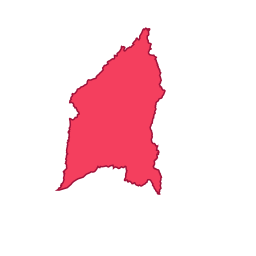 Granada, Antioquia, Colombia, rotated 217°
{"feature_id": "7082276B66868517078286", "entity_name": "Granada", "entity_type": "district", "adm_level": 2, "iso_a3": "COL", "parent_name": "Colombia", "parent_adm1": "Antioquia", "projection": "natural_earth1", "projection_center": [-75.146, 6.125], "detail": "fine", "context": "isolated", "style": "filled", "palette": "rose", "viewbox_px": 256, "rotation_deg": 217, "n_neighbors": 0, "source": "geoboundaries", "source_scale": "gbopen_adm2", "svg_char_len": 5861}
<svg xmlns="http://www.w3.org/2000/svg" viewBox="0 0 256 256"><g transform="rotate(217 128 128)"><path d="M112.6,148.2L113.8,150.4L113.8,151.0L113.6,151.6L114.3,152.1L114.6,153.2L115.4,154.3L115.3,156.3L115.7,156.6L116.2,156.7L116.7,157.5L117.0,159.7L117.4,160.2L118.8,161.0L119.0,162.0L119.6,162.3L119.8,163.6L120.8,165.0L120.8,166.2L120.2,167.9L120.6,169.4L120.6,170.2L119.4,171.8L119.2,172.8L119.8,174.3L119.7,175.9L120.8,179.9L121.7,180.1L122.5,179.5L123.2,179.3L123.8,179.7L124.7,179.7L125.7,180.7L126.1,180.8L127.1,180.3L128.0,181.2L129.0,181.5L129.4,182.2L129.2,183.5L129.9,184.5L130.1,186.0L133.2,188.4L134.4,189.0L135.1,191.8L136.4,192.0L137.5,193.4L138.1,193.3L138.8,194.0L140.2,194.5L140.8,194.9L141.0,195.5L142.1,195.6L142.6,196.7L143.5,196.8L143.8,197.3L145.4,198.2L146.4,199.2L147.6,199.1L147.9,199.6L147.8,201.1L147.9,201.5L150.1,201.1L151.0,201.7L151.6,201.4L152.3,200.7L154.5,199.7L155.1,199.6L156.6,200.1L157.5,201.3L157.5,202.4L158.0,203.6L158.0,204.1L157.2,204.6L157.2,205.1L157.5,205.2L158.4,205.1L158.6,205.3L159.6,207.2L159.9,208.7L160.1,209.0L160.7,209.0L162.7,208.3L163.6,208.8L164.5,210.0L165.9,210.5L167.0,211.6L168.0,213.2L167.5,214.4L167.7,215.2L169.9,217.6L169.9,219.3L170.1,219.9L170.4,220.1L171.0,219.9L171.4,219.1L171.5,218.1L171.6,217.9L171.9,218.0L172.3,218.7L173.9,218.4L174.2,216.4L175.0,216.5L175.2,215.6L174.3,212.3L173.9,208.4L172.6,206.8L172.3,205.1L172.8,204.8L174.9,205.2L175.2,204.8L175.1,203.8L174.6,202.9L175.0,200.9L175.0,198.4L173.7,198.2L174.3,195.4L174.2,194.3L174.4,194.0L175.4,193.6L175.5,192.8L176.2,191.7L176.6,190.4L176.6,188.7L176.9,187.6L177.5,187.4L178.0,187.6L178.6,188.6L178.8,190.2L179.3,190.5L180.5,190.3L181.2,189.4L182.2,189.3L182.0,188.6L181.2,187.6L180.8,184.5L180.8,183.8L181.5,181.0L181.1,180.3L180.3,179.6L180.1,179.1L180.5,178.6L182.0,178.2L182.5,177.8L180.9,175.9L180.7,175.0L181.0,174.6L182.2,173.7L182.3,172.7L182.8,171.9L183.0,170.7L183.8,169.6L184.1,168.5L183.9,168.0L182.7,167.6L182.5,166.9L183.2,165.9L183.3,164.8L184.3,164.0L184.5,163.3L184.2,162.0L184.4,161.2L184.3,160.7L183.5,160.0L183.0,159.7L182.8,159.4L183.1,156.6L183.4,155.5L183.6,153.0L184.1,151.6L184.1,149.7L183.6,149.3L183.5,148.9L183.9,147.9L185.2,146.3L186.4,144.1L187.4,143.2L188.3,142.9L188.6,142.4L188.7,141.7L188.3,140.3L187.5,139.1L187.5,138.0L187.9,137.0L188.5,136.2L188.8,134.5L190.3,132.2L190.4,130.4L191.6,128.8L191.7,128.4L191.1,126.7L191.1,124.0L191.9,122.5L192.3,122.1L193.0,122.0L193.0,121.8L192.7,121.0L191.8,120.5L191.7,119.6L191.9,118.3L191.3,117.0L190.6,116.8L190.8,115.0L189.8,113.2L189.4,113.4L188.9,114.4L186.6,114.7L185.3,113.9L184.9,112.9L183.3,112.8L182.5,112.2L181.8,112.9L181.4,112.9L180.7,112.2L179.6,111.9L179.2,111.3L177.9,110.9L177.1,111.0L175.6,110.0L175.5,109.5L176.2,108.7L176.3,108.1L175.5,107.0L175.2,106.0L175.4,105.5L176.5,104.7L176.4,102.8L176.6,101.9L177.3,101.0L178.1,100.9L179.1,100.9L180.1,100.6L180.1,100.1L178.4,98.7L175.8,95.6L174.8,93.6L174.9,92.6L173.6,91.7L173.4,89.7L173.0,90.1L172.6,89.9L172.7,88.3L172.0,88.3L171.4,88.0L170.1,86.0L169.5,85.6L169.7,84.9L169.2,84.7L168.2,82.9L168.6,82.2L168.5,81.9L167.8,82.2L167.4,81.6L167.4,81.1L167.8,80.0L166.0,78.3L165.8,77.9L165.8,77.2L165.1,76.6L164.9,75.8L163.6,73.2L162.4,72.0L162.2,71.3L161.9,71.1L160.9,71.2L160.6,71.0L160.5,70.6L160.8,69.8L160.7,69.3L159.8,67.8L159.3,67.3L159.3,66.5L159.1,66.0L158.6,65.4L157.8,65.3L157.6,65.0L157.2,63.9L157.3,63.5L156.7,63.2L156.7,62.1L155.5,61.9L154.7,61.4L153.7,60.0L152.7,59.1L152.7,57.8L153.0,57.0L152.9,55.7L153.0,55.3L153.3,55.0L153.3,54.2L152.9,54.0L152.4,54.3L151.8,53.3L151.2,53.4L151.0,53.1L151.0,52.3L150.3,51.7L149.4,49.4L148.8,48.7L148.2,48.6L147.1,45.7L147.1,44.1L147.5,43.2L146.9,42.6L147.2,42.1L147.1,41.7L146.3,41.7L146.3,40.7L146.1,40.0L146.4,39.1L147.0,38.7L146.8,36.7L147.1,35.9L145.6,37.0L140.6,43.8L139.6,48.7L139.6,50.4L139.2,52.6L138.0,55.8L137.3,57.4L134.2,61.8L133.5,66.0L131.6,69.3L131.1,70.8L129.5,71.7L128.6,72.9L128.3,74.1L128.3,76.1L128.8,79.2L127.4,79.0L126.6,79.6L126.9,80.6L125.2,81.6L123.4,83.5L122.7,84.6L120.3,85.0L119.5,86.5L119.5,87.1L117.6,89.2L116.6,88.3L115.8,87.9L115.4,87.3L115.1,88.7L114.7,89.3L113.8,89.5L113.2,90.0L111.8,89.9L111.0,90.1L110.5,90.8L109.9,93.1L108.1,93.4L107.6,93.9L107.4,95.4L107.0,95.8L106.5,95.9L104.0,93.5L103.2,93.2L103.2,92.6L102.5,91.8L102.4,90.6L101.7,89.6L101.5,88.9L100.7,88.1L100.0,86.8L99.8,84.9L99.2,84.1L98.6,84.2L97.9,85.6L97.3,85.9L96.6,85.8L96.3,85.0L95.6,84.9L95.3,85.1L94.9,86.2L94.4,86.6L92.4,86.5L91.3,86.0L90.5,86.6L90.0,88.0L89.7,88.3L88.2,87.6L87.2,87.5L84.8,88.2L84.7,89.1L84.4,89.4L83.0,89.4L82.5,89.7L81.9,90.9L81.5,92.4L80.8,93.5L80.8,94.9L80.2,96.0L80.8,97.4L81.0,98.6L80.0,99.5L78.6,99.9L75.6,98.6L74.6,98.4L73.9,97.1L72.1,96.7L70.4,95.5L69.0,95.4L68.0,94.6L65.8,94.5L65.6,93.8L64.3,93.4L63.0,94.3L63.2,94.5L63.6,94.5L64.5,95.3L64.5,96.3L65.6,97.7L65.4,99.7L67.5,101.3L68.6,103.9L69.5,104.1L70.1,104.6L70.5,106.3L71.6,107.7L71.6,108.7L72.0,108.8L72.3,109.3L73.1,109.6L73.7,110.0L74.2,110.0L74.5,110.7L75.8,111.1L76.2,111.6L76.8,111.7L77.4,112.4L78.4,112.8L80.2,112.1L81.2,112.1L81.5,111.8L82.3,111.9L82.5,111.5L83.8,111.8L84.4,112.7L84.7,112.7L84.7,113.3L85.0,113.6L84.8,114.1L85.0,115.0L85.8,116.1L87.2,117.4L87.0,118.2L87.2,118.7L86.8,119.1L86.9,119.8L86.6,120.4L86.9,120.7L86.6,121.9L87.5,122.8L88.1,123.1L88.9,124.2L88.5,124.3L88.4,124.8L88.0,125.0L87.9,125.3L88.2,125.8L88.7,126.0L88.7,126.7L89.2,126.7L89.0,127.4L89.5,127.8L90.3,128.1L90.8,128.1L91.6,127.5L91.9,127.5L92.1,128.2L92.4,128.4L92.6,129.1L93.2,129.7L93.2,130.9L93.4,131.2L93.5,130.5L94.3,131.0L95.3,130.5L96.2,131.2L97.5,131.5L98.2,130.9L98.8,130.7L100.3,131.0L101.4,131.8L102.7,133.2L102.9,134.5L103.3,135.6L104.2,136.0L104.5,137.0L105.7,138.4L107.1,139.3L107.7,140.0L109.0,140.3L110.8,141.9L111.1,143.8L111.7,144.8L111.8,145.9L111.6,146.7L112.4,147.4L112.6,148.2Z" fill="#f43f5e" stroke="#9f1239" stroke-width="1.5"/></g></svg>